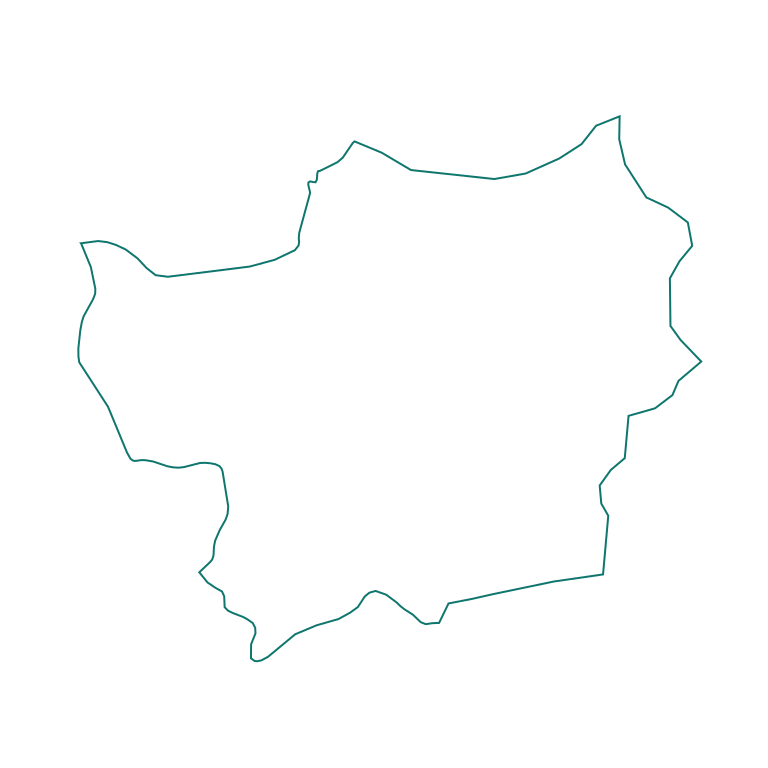 an SVG outline of Kindia, rotated 185°
{"feature_id": "GIN-5643", "entity_name": "Kindia", "entity_type": "Prefecture", "adm_level": 1, "iso_a3": "GIN", "parent_name": "Guinea", "parent_adm1": "", "projection": "orthographic", "projection_center": [-12.581, 10.091], "detail": "fine", "context": "isolated", "style": "outline", "palette": "teal", "viewbox_px": 768, "rotation_deg": 185, "n_neighbors": 0, "source": "natural_earth", "source_scale": "10m", "svg_char_len": 1848}
<svg xmlns="http://www.w3.org/2000/svg" viewBox="0 0 768 768"><g transform="rotate(185 384 384)"><path d="M698.1,497.8L681.2,501.5L672.1,501.2L663.2,499.2L653.1,495.5L640.4,487.6L630.6,478.8L621.0,472.5L608.6,472.0L528.0,489.3L503.7,498.2L484.4,509.6L481.2,514.5L480.9,517.9L481.6,521.6L481.6,527.3L474.3,567.7L474.6,569.3L476.7,575.4L476.9,578.1L475.2,579.4L472.4,579.0L469.8,579.0L468.7,581.7L468.8,588.3L468.1,590.4L466.4,590.7L449.7,600.9L444.8,605.9L436.1,621.4L434.5,623.1L406.4,614.2L375.8,599.5L292.0,597.8L261.3,606.0L229.1,623.9L208.1,640.2L195.2,659.8L172.6,671.2L171.0,648.3L163.0,623.8L138.9,592.7L116.3,584.5L95.4,571.4L89.0,548.5L100.3,532.1L108.4,514.2L103.7,466.8L92.4,453.7L69.9,434.0L90.9,412.8L95.7,398.1L111.9,383.4L137.6,373.6L137.7,331.1L150.6,318.1L160.3,301.7L157.1,283.8L149.1,272.3L149.2,213.4L197.4,202.1L256.9,184.2L276.9,177.8L300.6,171.0L308.3,150.8L314.6,150.0L321.5,148.4L326.6,149.9L335.1,156.7L344.1,161.4L348.5,164.3L352.1,167.3L363.4,174.3L374.3,177.1L380.3,174.9L384.6,170.7L390.6,159.5L397.9,153.2L408.8,145.9L430.2,137.7L450.6,127.0L475.8,102.1L481.9,98.1L486.0,96.8L488.7,96.8L492.6,99.1L493.7,113.1L490.3,124.4L491.1,130.0L494.0,134.5L500.4,138.1L504.2,139.7L514.4,142.6L519.6,144.6L523.3,147.8L524.7,158.6L527.3,163.2L534.2,166.3L542.5,170.9L551.6,180.3L541.6,191.6L539.8,194.3L538.9,198.2L539.2,207.1L538.6,213.1L534.9,224.2L530.0,235.0L528.5,240.8L528.5,248.4L537.2,282.8L538.6,285.7L540.8,287.9L545.1,289.4L550.0,289.9L555.4,289.9L560.3,289.3L576.0,283.8L581.5,282.7L587.3,282.6L592.7,283.2L607.3,286.7L615.1,287.3L618.7,287.1L624.4,285.8L626.1,285.6L627.9,286.1L630.0,287.4L634.0,293.2L656.9,337.2L689.5,379.1L690.8,384.7L691.6,392.9L691.2,411.3L690.4,419.4L689.2,425.1L681.2,443.1L679.6,448.7L679.9,453.8L686.2,474.9L698.0,497.7L698.1,497.8Z" fill="none" stroke="#0f766e" stroke-width="2"/></g></svg>